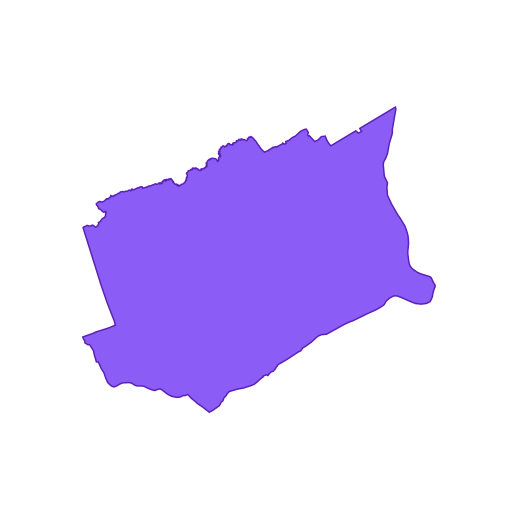 Sai Ngam, Kamphaeng Phet, Thailand, rotated 333°
{"feature_id": "78962969B50416991150341", "entity_name": "Sai Ngam", "entity_type": "district", "adm_level": 2, "iso_a3": "THA", "parent_name": "Thailand", "parent_adm1": "Kamphaeng Phet", "projection": "mercator", "projection_center": [99.833, 16.445], "detail": "fine", "context": "isolated", "style": "filled", "palette": "violet", "viewbox_px": 512, "rotation_deg": 333, "n_neighbors": 0, "source": "geoboundaries", "source_scale": "gbopen_adm2", "svg_char_len": 6112}
<svg xmlns="http://www.w3.org/2000/svg" viewBox="0 0 512 512"><g transform="rotate(333 256 256)"><path d="M114.8,152.1L104.8,211.4L102.2,229.7L100.2,249.7L99.2,253.8L91.3,253.1L78.8,251.0L78.0,250.9L77.7,251.2L64.9,249.5L64.6,252.1L64.9,254.0L64.3,255.2L64.2,256.2L65.1,257.2L65.9,258.8L67.5,259.4L68.2,266.7L67.1,270.4L65.7,277.9L67.4,278.8L67.0,286.1L67.5,291.0L66.7,296.1L66.4,301.1L66.6,302.1L67.9,305.7L68.7,306.8L70.0,308.2L72.2,308.5L76.5,308.3L79.5,308.5L85.2,311.0L86.3,311.8L87.6,313.1L89.5,316.3L90.8,317.6L94.9,319.7L97.0,321.2L100.6,325.9L103.3,328.8L105.0,330.0L108.8,330.3L110.5,331.3L111.3,332.3L114.5,339.1L115.7,340.8L117.1,342.7L121.1,345.9L123.5,347.0L125.3,347.3L127.6,347.2L129.5,348.2L131.8,348.3L132.4,348.6L133.9,353.8L135.8,357.8L136.8,360.8L139.5,365.6L143.5,374.0L148.0,373.8L155.2,372.8L156.1,372.3L158.3,370.6L160.9,369.9L163.0,367.8L165.9,366.9L167.5,365.8L170.6,364.6L178.7,366.1L185.1,368.0L192.2,369.1L196.1,369.5L200.0,368.7L203.4,367.7L207.6,366.9L207.9,366.3L210.0,366.4L211.8,366.9L212.3,367.9L212.8,367.8L213.6,367.2L216.6,366.1L218.8,366.5L221.0,365.8L222.7,364.9L223.3,364.3L224.7,363.9L226.1,362.8L235.5,362.3L250.1,360.7L252.9,360.8L255.8,359.2L260.0,358.8L266.0,357.9L272.4,356.1L274.2,355.7L276.2,355.6L278.6,355.8L283.2,357.7L303.6,357.0L310.5,357.3L312.8,357.7L328.7,357.9L338.5,358.4L344.3,358.1L347.9,357.6L351.5,355.3L356.1,354.1L360.6,354.1L363.7,355.7L366.5,358.8L372.6,366.3L376.5,370.7L381.4,373.9L386.5,375.7L390.3,375.7L392.3,374.4L394.6,372.4L396.5,369.8L399.4,366.6L401.5,364.8L402.0,364.1L402.4,362.7L402.1,361.6L402.2,355.2L402.1,354.3L401.2,353.0L394.5,346.5L392.1,343.4L389.8,339.0L389.2,337.3L388.8,335.2L388.9,332.9L389.4,331.0L392.3,322.8L394.0,319.7L396.1,316.6L397.9,313.5L400.0,308.7L400.8,306.2L401.7,301.7L402.3,296.9L401.5,287.0L401.0,283.8L400.4,271.7L400.7,261.6L403.8,254.3L406.4,250.5L406.5,243.9L407.2,241.5L410.8,232.5L412.4,230.2L416.1,227.6L419.5,224.6L425.9,216.2L432.7,209.1L433.5,208.0L435.1,204.9L447.4,188.5L447.8,186.6L406.4,189.4L406.5,193.0L403.0,193.0L401.7,189.8L372.7,191.8L371.9,188.3L371.7,185.1L371.9,181.9L372.2,180.7L368.5,179.3L363.9,180.8L360.3,180.7L358.1,172.9L357.4,173.1L356.9,172.3L357.3,170.9L358.7,169.9L358.4,165.8L357.2,165.3L353.3,165.1L351.5,165.3L345.4,167.1L344.1,166.9L341.3,167.1L338.0,167.9L334.5,167.5L334.0,169.4L331.8,169.2L331.7,168.5L331.0,167.5L330.3,168.1L323.6,168.2L323.1,167.4L320.6,167.4L320.5,166.8L317.1,167.3L315.7,167.2L315.4,167.6L315.2,167.6L310.7,167.3L309.4,163.8L309.0,161.8L308.2,156.3L308.1,154.4L306.9,149.8L305.9,147.5L305.3,147.6L305.0,147.1L304.4,147.5L303.4,147.0L302.6,148.0L301.8,147.5L301.2,148.5L300.4,149.1L299.4,148.4L298.4,146.9L297.4,146.7L296.8,145.5L296.0,145.0L295.6,145.8L294.8,145.7L294.2,144.7L293.6,144.3L293.3,144.4L292.7,145.2L290.9,144.5L290.5,145.3L289.5,145.6L287.9,145.2L287.5,145.4L287.2,145.0L286.7,145.0L286.2,145.5L286.1,146.4L285.7,146.6L284.2,145.3L283.3,145.0L283.3,143.9L282.8,143.4L281.6,143.3L281.1,144.0L280.3,144.0L279.7,144.7L278.6,144.3L277.7,144.7L277.6,144.2L276.7,142.8L275.1,143.4L274.2,143.2L273.6,144.3L272.6,144.2L272.2,144.7L271.6,144.8L271.7,145.4L271.5,146.0L270.3,145.8L270.3,147.2L269.8,147.0L269.7,147.5L269.0,147.7L269.0,148.3L269.3,148.8L270.0,148.6L270.1,150.2L269.9,150.8L269.4,150.2L268.9,150.2L269.1,151.3L267.5,151.4L266.7,152.3L266.5,153.3L266.1,153.9L265.2,154.3L264.8,154.3L264.7,154.0L265.1,153.7L265.2,153.3L264.4,152.6L264.5,151.9L263.9,150.8L261.1,148.8L260.4,149.1L259.4,148.7L259.3,149.1L258.7,149.3L258.6,148.9L258.1,148.7L257.9,148.9L257.4,148.9L255.8,149.4L255.0,150.4L253.8,150.6L253.9,151.8L253.1,152.2L253.5,153.0L253.1,153.3L252.7,154.0L252.3,154.1L251.9,153.6L250.8,154.3L250.4,154.1L249.8,154.6L249.3,154.2L249.0,154.4L248.4,154.2L247.7,154.2L247.2,153.7L246.7,153.5L246.3,153.7L246.3,154.6L245.7,154.4L245.0,154.5L244.7,153.8L243.7,153.3L243.9,152.7L243.5,151.7L243.0,151.5L242.6,150.4L242.0,150.2L241.8,150.7L241.5,150.7L240.6,149.4L239.7,149.2L239.4,148.9L238.9,149.0L238.8,149.9L238.6,150.1L237.6,149.9L237.1,149.4L236.1,149.9L235.6,149.6L234.3,149.4L233.7,150.0L231.7,150.7L231.4,151.2L231.9,151.7L231.8,152.2L230.6,154.3L230.1,154.3L230.1,154.8L229.4,154.9L228.5,156.0L228.4,156.8L227.6,156.8L227.2,157.3L225.4,158.4L225.0,158.3L224.0,158.6L222.9,158.6L222.0,158.3L221.1,158.7L220.3,158.4L219.7,158.9L219.3,158.9L218.9,158.8L219.0,157.6L218.2,157.5L218.4,157.1L218.2,156.4L217.5,156.4L217.5,155.6L216.6,155.4L216.1,154.4L216.1,153.6L215.5,152.6L215.6,152.4L216.1,152.2L215.7,151.3L216.0,150.7L215.4,149.4L215.5,148.8L215.1,148.4L214.4,148.7L213.6,147.8L213.1,147.9L212.5,148.4L212.0,147.8L211.3,147.9L211.3,147.3L211.0,147.3L210.8,147.7L210.3,147.7L209.6,148.2L209.3,147.8L209.7,146.8L208.6,146.5L207.5,147.3L206.7,146.9L206.2,147.1L206.1,147.8L205.7,148.4L205.0,148.6L204.6,147.8L204.1,148.3L203.1,148.1L203.1,147.7L203.5,147.3L203.0,147.0L202.3,146.9L201.1,147.3L200.1,147.1L199.1,145.9L197.5,146.1L196.9,145.8L193.6,145.6L191.8,144.8L190.9,145.3L189.8,144.8L188.7,144.9L187.3,144.3L186.6,144.4L185.9,144.1L185.9,142.6L183.5,141.7L182.2,141.9L181.3,141.5L179.2,141.6L176.7,141.4L176.4,141.2L176.4,140.5L175.6,140.0L175.2,140.2L174.7,141.0L174.1,141.0L173.5,140.0L172.2,139.6L171.0,140.0L170.6,139.9L169.8,139.4L168.2,138.9L167.1,138.9L166.4,137.9L165.3,137.8L164.5,137.4L163.8,137.5L163.1,138.1L161.8,137.6L159.4,138.0L157.9,137.6L156.9,137.6L156.4,138.1L155.5,138.0L154.8,137.6L154.9,136.9L154.2,136.8L153.9,136.3L152.8,137.6L151.9,137.4L150.3,138.2L150.1,138.1L149.5,137.3L148.9,137.1L148.3,137.4L147.4,137.5L146.8,138.0L145.7,138.2L143.0,138.0L142.4,137.2L141.9,137.1L141.7,136.5L139.6,136.3L138.9,136.7L137.5,136.9L137.2,137.4L137.1,138.5L137.6,139.4L137.5,141.4L137.3,141.9L137.5,142.8L138.5,143.6L139.4,146.5L140.3,148.0L142.1,148.0L142.4,148.4L142.3,148.8L141.5,149.5L141.3,150.4L140.4,151.1L139.9,152.3L139.2,152.4L138.8,152.9L137.4,152.8L135.1,153.3L132.7,154.6L130.8,154.6L130.5,155.7L129.9,156.4L127.5,157.5L125.8,157.3L125.2,155.4L124.2,154.1L122.5,154.2L121.4,153.9L119.3,152.0L117.2,152.2L116.3,151.9L114.8,152.1Z" fill="#8b5cf6" stroke="#5b21b6" stroke-width="1.5"/></g></svg>